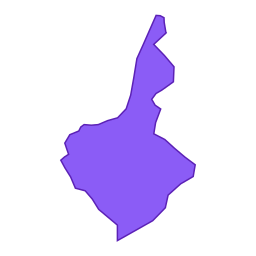 an SVG outline of Beyləqan
{"feature_id": "AZE-1697", "entity_name": "Beyləqan", "entity_type": "District", "adm_level": 1, "iso_a3": "AZE", "parent_name": "Azerbaijan", "parent_adm1": "", "projection": "mercator", "projection_center": [47.672, 39.865], "detail": "fine", "context": "isolated", "style": "filled", "palette": "violet", "viewbox_px": 256, "rotation_deg": 0, "n_neighbors": 0, "source": "natural_earth", "source_scale": "10m", "svg_char_len": 746}
<svg xmlns="http://www.w3.org/2000/svg" viewBox="0 0 256 256"><path d="M165.4,207.7L152.7,220.7L117.4,240.6L117.4,225.1L98.7,209.4L92.3,199.1L85.2,190.8L75.4,188.2L70.6,176.9L64.9,167.8L60.8,160.2L64.6,156.9L68.6,154.3L66.9,149.4L64.8,143.1L69.8,134.7L78.8,131.0L80.8,127.0L84.1,124.6L91.3,125.2L98.3,124.6L107.7,120.6L117.6,117.8L126.2,108.8L130.7,95.1L133.9,77.1L136.9,58.6L143.5,44.0L156.1,15.4L160.2,15.7L164.0,17.7L164.2,22.3L165.8,32.0L166.2,32.8L153.7,44.4L164.4,55.5L174.0,66.8L173.4,81.8L161.8,90.1L156.0,93.5L151.7,99.3L155.1,105.2L160.7,109.0L155.6,122.6L153.8,133.8L164.8,139.5L174.5,148.3L184.9,157.1L195.2,164.8L193.2,176.5L180.7,183.8L168.1,195.1L165.4,207.4L165.4,207.7Z" fill="#8b5cf6" stroke="#5b21b6" stroke-width="1.5"/></svg>